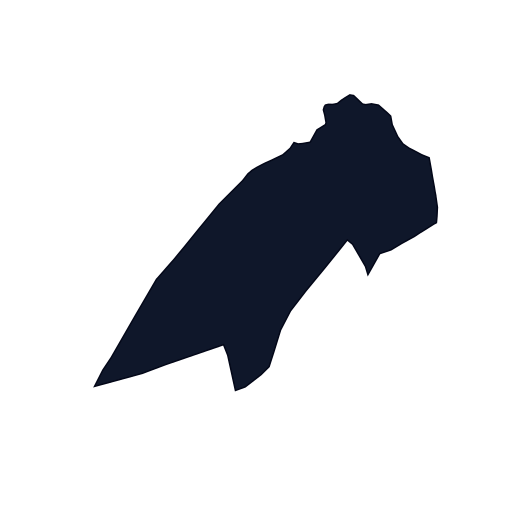 outline of Al Qutayfah, Rif Dimashq, Syria, rotated 160°
{"feature_id": "27442178B63021739925615", "entity_name": "Al Qutayfah", "entity_type": "district", "adm_level": 2, "iso_a3": "SYR", "parent_name": "Syria", "parent_adm1": "Rif Dimashq", "projection": "natural_earth1", "projection_center": [36.695, 33.816], "detail": "fine", "context": "isolated", "style": "filled", "palette": "ink", "viewbox_px": 512, "rotation_deg": 160, "n_neighbors": 0, "source": "geoboundaries", "source_scale": "gbopen_adm2", "svg_char_len": 1618}
<svg xmlns="http://www.w3.org/2000/svg" viewBox="0 0 512 512"><g transform="rotate(160 256 256)"><path d="M452.3,188.7L402.8,184.6L397.6,184.7L378.0,184.9L316.8,183.8L316.5,172.4L321.3,136.7L310.9,136.7L291.8,142.8L281.6,147.5L271.9,160.0L258.2,178.1L242.4,192.6L220.8,206.3L195.5,221.2L173.3,234.6L164.7,239.9L161.2,234.0L156.7,208.7L157.2,200.2L150.3,206.1L138.9,215.9L127.0,215.6L114.8,218.0L100.5,220.2L97.2,221.0L94.0,221.8L92.7,222.0L85.3,223.6L78.0,225.2L75.1,225.6L74.4,227.0L72.4,231.3L69.3,238.7L68.9,239.6L66.5,251.0L66.4,251.2L65.8,255.0L65.0,259.1L64.7,260.7L64.6,261.5L64.3,262.9L64.3,263.2L63.6,267.2L63.0,270.7L61.9,276.4L60.6,283.9L59.7,289.1L59.9,289.3L64.4,293.3L64.7,293.5L64.8,293.7L65.0,293.9L65.6,294.4L65.8,294.6L72.1,301.6L75.3,305.0L79.6,311.1L82.0,319.7L82.6,326.9L83.1,332.8L81.6,341.4L83.5,345.3L89.3,355.9L95.4,359.5L98.3,360.1L101.2,360.7L103.9,362.3L105.9,366.3L107.1,368.8L109.4,373.4L111.0,374.3L112.7,375.3L117.6,374.3L118.6,374.1L120.5,373.6L122.4,373.2L123.2,372.9L127.5,371.4L127.7,371.5L130.4,371.9L132.0,372.2L136.3,373.8L139.2,374.1L140.8,372.9L142.7,370.3L143.2,364.8L144.1,359.9L144.5,357.4L145.8,355.7L153.9,354.0L155.5,353.7L163.9,346.4L166.2,344.4L174.0,345.8L178.1,346.9L181.5,349.6L184.8,347.2L187.0,345.5L196.2,341.9L204.5,341.1L208.3,340.7L213.6,340.3L215.2,340.2L218.7,339.8L223.9,339.1L224.7,339.0L230.3,337.9L235.4,336.0L242.9,331.3L272.8,317.4L293.6,305.0L299.9,301.3L320.5,288.9L326.7,285.3L334.8,280.5L338.0,278.8L353.8,270.1L355.6,269.1L357.4,268.2L390.9,240.3L426.9,210.0L438.9,201.2L452.3,188.7Z" fill="#0f172a" stroke="#020617" stroke-width="1.5"/></g></svg>